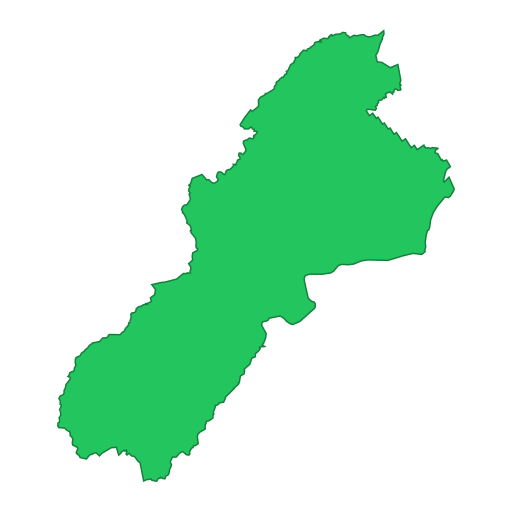 Tlapacoyan, Veracruz, Mexico (Albers equal-area conic projection)
{"feature_id": "50627088B77470661049606", "entity_name": "Tlapacoyan", "entity_type": "district", "adm_level": 2, "iso_a3": "MEX", "parent_name": "Mexico", "parent_adm1": "Veracruz", "projection": "albers", "projection_center": [-97.179, 20.022], "detail": "fine", "context": "isolated", "style": "filled", "palette": "green", "viewbox_px": 512, "rotation_deg": 0, "n_neighbors": 0, "source": "geoboundaries", "source_scale": "gbopen_adm2", "svg_char_len": 5973}
<svg xmlns="http://www.w3.org/2000/svg" viewBox="0 0 512 512"><path d="M182.5,212.7L184.4,214.5L186.1,218.3L187.1,220.7L186.7,222.9L190.0,225.5L191.4,229.0L190.5,230.7L191.3,230.7L191.0,232.6L195.6,238.3L196.2,242.1L196.0,246.6L196.3,247.9L197.6,248.7L197.3,250.4L192.8,252.8L192.2,256.0L192.6,260.1L188.6,263.7L190.7,266.8L190.8,269.3L190.0,271.3L190.5,272.8L190.0,273.3L187.3,272.8L186.6,273.6L183.4,273.5L176.6,279.1L164.3,282.3L162.1,282.3L151.8,284.6L155.5,289.6L154.6,294.8L150.4,297.8L151.4,301.4L147.3,303.5L144.9,303.6L146.5,304.4L143.6,304.7L140.7,306.4L138.6,306.7L136.3,308.7L135.7,311.5L134.1,312.8L132.4,312.7L131.4,313.4L130.8,314.3L131.2,316.6L129.9,322.1L128.9,322.6L128.2,325.5L125.5,328.4L124.0,331.6L122.4,332.1L120.2,334.7L109.4,334.5L108.3,335.3L108.1,336.6L106.6,337.8L102.6,338.0L99.6,341.6L92.9,342.9L89.4,345.4L87.8,347.7L84.7,350.3L84.2,351.4L81.9,352.6L79.9,355.9L76.1,357.5L75.3,359.5L75.3,363.4L76.0,365.2L74.6,367.6L74.0,370.7L73.5,371.4L71.9,371.6L69.6,372.9L69.3,375.0L68.0,376.5L70.3,377.5L70.2,379.0L66.0,384.6L65.3,388.3L64.1,390.3L64.0,393.4L62.6,395.0L60.3,395.9L58.9,398.4L60.3,401.1L60.1,404.3L61.3,404.7L61.4,405.5L59.6,409.8L60.4,411.4L60.8,415.2L59.1,417.6L59.6,420.3L59.3,422.2L58.0,423.0L57.8,426.0L58.8,427.6L64.6,428.1L66.5,430.0L69.9,431.9L70.3,436.0L71.4,436.3L72.8,438.9L72.3,443.4L72.7,445.0L76.7,447.0L77.9,448.2L76.2,452.9L77.1,453.6L77.2,454.3L79.0,455.2L80.1,457.5L86.4,459.0L89.8,454.8L91.7,454.5L94.7,452.9L96.2,452.9L99.4,455.9L102.0,453.2L111.3,447.7L116.4,447.3L118.7,455.1L120.9,453.2L121.0,452.3L124.0,450.3L124.9,451.2L126.4,450.1L126.9,450.9L126.1,454.0L127.0,455.0L129.0,453.3L131.5,455.9L134.5,456.5L138.3,461.6L140.0,462.5L143.7,481.0L146.4,479.8L151.1,478.9L151.7,480.2L156.7,481.3L158.0,478.9L158.9,478.2L160.0,478.3L160.6,477.2L162.6,478.5L164.9,478.8L165.9,476.1L168.4,474.7L169.5,471.2L169.5,469.5L170.7,467.5L171.5,464.6L170.4,462.5L170.6,461.0L172.4,457.2L176.4,457.0L179.3,453.4L182.1,451.7L183.5,452.2L186.3,454.7L188.9,455.1L189.8,454.2L189.6,451.8L190.8,449.5L191.9,447.9L193.0,447.6L193.8,445.5L195.4,445.6L198.2,443.6L197.4,437.1L197.7,434.5L199.8,432.2L205.2,429.0L205.1,424.8L206.0,423.6L206.2,421.6L209.3,420.6L212.8,418.1L213.1,415.1L213.8,414.2L213.4,412.0L215.1,407.6L215.3,405.5L216.7,405.3L218.7,404.0L219.1,402.9L223.6,402.2L225.4,398.3L225.3,397.3L234.3,388.4L233.9,388.1L238.4,384.4L238.4,383.1L239.1,383.0L239.4,382.1L240.4,376.0L244.0,374.0L244.6,370.9L244.3,369.1L249.8,364.3L251.8,358.2L255.1,356.9L255.5,353.7L259.1,350.4L260.2,348.3L259.5,347.5L259.9,346.9L264.6,346.5L262.3,344.8L263.7,343.0L265.6,338.0L266.2,333.5L261.8,325.6L261.7,323.7L262.5,321.9L266.8,320.9L268.4,319.9L269.0,318.3L279.4,316.1L281.6,316.7L284.4,318.8L286.4,321.2L290.5,324.0L292.9,324.5L299.8,321.5L314.6,308.3L315.3,306.7L315.2,303.6L314.3,302.2L311.9,301.4L309.9,299.9L308.1,297.8L304.3,280.7L304.2,278.1L305.2,275.9L307.8,274.6L310.6,274.2L322.3,274.2L330.8,272.9L333.7,271.1L338.3,265.6L341.3,264.4L348.2,264.7L353.6,264.1L361.3,260.9L367.8,259.9L388.0,260.4L402.9,255.8L413.0,253.4L421.8,254.4L425.1,251.7L424.8,250.5L425.7,246.9L425.2,242.2L426.3,234.6L427.6,230.4L428.6,230.1L429.6,227.7L430.7,219.6L433.5,212.1L437.9,205.4L444.6,197.4L446.2,196.9L448.1,197.7L450.3,196.2L453.5,191.1L454.2,189.0L449.0,177.2L444.3,182.1L443.7,181.3L443.9,178.6L445.7,171.4L447.1,169.1L450.4,166.7L446.5,160.0L443.1,161.1L442.2,159.7L441.4,160.2L437.7,153.6L435.3,153.0L435.0,152.5L435.5,150.1L437.9,148.6L437.8,148.2L432.5,147.6L430.4,148.4L428.7,147.8L425.9,148.0L425.3,147.1L424.6,147.1L423.9,145.1L417.2,149.6L414.4,145.3L411.1,147.6L405.5,138.8L402.1,141.1L396.4,132.5L393.9,134.2L390.1,128.0L388.3,129.1L384.3,123.0L382.5,124.1L378.0,117.1L376.3,118.4L372.7,113.2L369.3,115.7L366.3,110.7L367.5,109.2L375.3,110.2L376.4,108.5L375.4,106.4L377.2,105.4L377.2,104.1L378.7,102.2L378.4,100.9L379.2,100.2L381.6,100.0L383.9,97.5L384.5,98.2L385.3,97.1L386.2,97.3L385.5,93.9L386.7,93.6L387.1,92.7L389.1,92.5L389.8,91.8L392.6,94.1L392.8,92.5L394.0,91.9L393.8,90.8L395.2,88.9L397.0,89.4L397.8,90.4L400.6,90.0L400.8,89.2L399.9,85.9L401.0,85.1L399.7,83.7L400.8,80.4L397.9,64.5L390.3,67.7L381.8,62.4L377.2,61.8L375.8,55.4L378.0,51.5L380.2,43.8L382.4,39.0L382.7,36.7L384.0,34.0L383.7,30.7L377.9,35.3L375.1,35.1L369.6,37.0L365.6,36.1L364.3,34.8L361.9,34.7L356.2,35.9L354.1,35.2L349.8,37.7L348.5,36.1L346.0,34.6L345.6,32.8L342.4,32.4L340.8,33.9L335.5,34.3L332.4,35.9L331.7,34.6L330.1,35.3L329.9,36.2L328.8,36.7L329.0,37.6L327.5,38.6L323.8,38.2L319.7,40.2L319.6,40.6L320.9,40.5L320.6,41.5L321.0,41.9L317.9,41.6L314.8,42.5L314.3,44.3L313.3,45.5L310.5,47.2L310.4,47.8L307.5,49.1L306.7,50.7L303.4,50.2L300.0,53.7L299.5,55.5L297.1,57.5L295.2,57.5L295.3,59.6L294.1,61.2L294.3,62.2L290.6,64.7L287.9,70.7L286.3,71.3L286.9,73.1L286.6,73.7L284.9,74.6L283.2,77.3L282.2,77.2L279.7,79.1L279.0,80.4L276.7,81.8L276.2,82.5L276.2,84.3L274.4,86.4L274.4,88.4L273.7,89.3L266.9,93.5L265.4,93.5L264.8,95.0L260.5,97.2L258.4,100.1L258.6,106.3L252.2,111.4L250.5,109.9L244.3,118.1L240.1,124.7L240.9,126.2L243.4,127.2L244.4,128.9L248.4,128.9L250.9,127.1L251.8,127.2L252.3,128.9L254.3,129.4L254.0,131.2L256.9,131.4L257.3,132.4L255.2,134.9L253.7,135.5L253.6,136.7L254.2,137.0L253.5,138.2L252.0,138.8L249.9,138.0L248.5,138.5L247.3,140.0L245.7,140.0L243.5,141.2L243.3,143.3L245.7,148.9L245.9,150.9L242.7,154.6L241.5,154.0L241.0,153.1L239.1,153.1L238.6,155.4L240.1,157.9L240.1,158.9L237.3,160.3L237.6,161.0L236.1,163.5L236.1,164.8L233.2,164.3L233.5,166.1L229.8,169.5L228.1,169.6L226.3,170.7L224.9,174.5L223.7,174.4L221.8,172.4L220.3,172.0L219.0,171.8L217.5,173.0L216.5,176.9L218.3,179.5L217.1,181.5L215.0,182.9L213.8,183.2L211.8,182.6L208.8,179.6L206.7,179.9L202.0,174.5L192.2,178.4L190.6,183.6L188.8,185.2L189.0,185.7L190.2,185.7L190.3,186.4L189.1,188.4L188.8,190.2L188.9,191.4L190.2,193.1L189.1,194.3L190.2,197.6L190.2,199.7L186.9,204.8L184.3,205.1L182.5,207.0L181.6,209.6L182.7,211.6L182.5,212.7Z" fill="#22c55e" stroke="#15803d" stroke-width="1.5"/></svg>